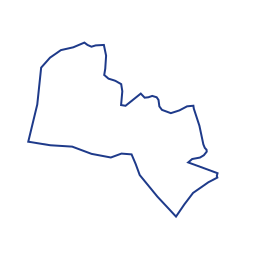 an SVG outline of Zərdab, rotated 193°
{"feature_id": "AZE-1721", "entity_name": "Zərdab", "entity_type": "District", "adm_level": 1, "iso_a3": "AZE", "parent_name": "Azerbaijan", "parent_adm1": "", "projection": "equal_earth", "projection_center": [47.672, 40.244], "detail": "fine", "context": "isolated", "style": "outline", "palette": "blue", "viewbox_px": 256, "rotation_deg": 193, "n_neighbors": 0, "source": "natural_earth", "source_scale": "10m", "svg_char_len": 872}
<svg xmlns="http://www.w3.org/2000/svg" viewBox="0 0 256 256"><g transform="rotate(193 128 128)"><path d="M222.1,92.2L221.7,130.5L226.2,167.3L219.8,179.0L210.9,188.8L199.5,194.3L189.7,201.4L186.1,199.8L181.9,199.0L178.1,201.2L170.2,203.5L166.1,194.6L165.6,193.5L163.5,180.6L163.1,174.3L158.1,171.7L152.6,171.3L150.9,171.1L144.5,169.2L141.8,162.5L139.9,148.8L135.4,149.1L123.3,164.4L118.6,161.3L115.1,162.5L111.6,164.7L107.0,164.4L104.6,162.2L102.3,156.1L99.0,153.3L89.6,152.1L81.9,156.7L75.3,162.4L69.3,164.4L68.3,161.8L58.9,146.2L50.9,129.0L48.7,125.9L46.6,124.5L46.0,122.8L46.0,122.6L48.0,118.5L51.2,115.4L58.5,112.2L61.6,108.0L30.6,104.1L30.7,101.3L29.8,99.8L37.4,93.3L50.0,79.4L55.9,66.3L61.3,52.5L84.0,67.8L106.0,84.8L112.4,94.6L118.6,103.1L128.6,101.6L138.1,95.4L157.7,94.6L178.2,97.3L199.9,93.7L222.1,92.2Z" fill="none" stroke="#1e3a8a" stroke-width="2"/></g></svg>